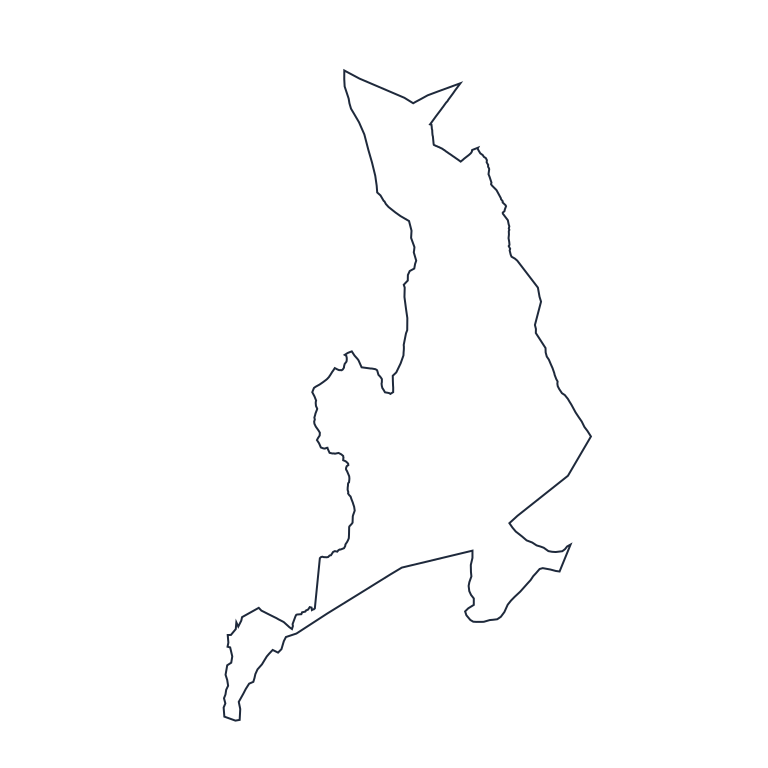 Santiago Nuyoó, Oaxaca, Mexico, rotated 353°
{"feature_id": "50627088B90453813350653", "entity_name": "Santiago Nuyoó", "entity_type": "district", "adm_level": 2, "iso_a3": "MEX", "parent_name": "Mexico", "parent_adm1": "Oaxaca", "projection": "equal_earth", "projection_center": [-97.77, 17.01], "detail": "fine", "context": "isolated", "style": "outline", "palette": "slate", "viewbox_px": 768, "rotation_deg": 353, "n_neighbors": 0, "source": "geoboundaries", "source_scale": "gbopen_adm2", "svg_char_len": 6159}
<svg xmlns="http://www.w3.org/2000/svg" viewBox="0 0 768 768"><g transform="rotate(353 384 384)"><path d="M496.5,94.8L473.3,100.2L462.5,102.8L455.0,105.8L449.8,107.8L447.2,108.9L442.1,104.8L439.1,102.4L396.9,77.9L382.8,68.0L381.7,76.6L381.2,83.9L383.7,96.4L383.9,101.2L384.8,106.7L387.0,111.7L391.1,121.2L394.9,133.9L397.0,149.7L399.1,162.8L400.7,176.3L400.9,186.3L400.6,193.1L403.5,196.4L406.0,202.2L406.7,202.8L407.8,205.6L410.1,208.9L416.2,215.1L420.9,219.4L428.7,225.3L430.0,235.2L428.7,242.3L430.9,251.9L430.2,254.9L429.6,256.9L431.0,265.5L429.5,268.6L428.1,273.1L423.3,275.0L421.0,278.7L420.2,284.2L415.7,287.9L416.3,290.8L414.9,300.1L415.0,312.2L415.2,321.4L413.6,333.4L412.0,336.4L408.3,347.7L408.3,349.0L408.1,350.9L407.8,352.7L407.3,355.0L406.8,358.0L403.0,365.6L397.6,374.0L393.7,376.9L393.2,381.8L392.8,386.5L392.7,388.6L392.1,393.2L389.1,394.6L388.3,393.8L386.7,393.2L384.0,392.4L383.7,391.8L383.1,390.3L382.2,388.4L381.9,387.9L381.6,385.7L381.6,383.4L382.1,381.9L382.5,378.9L382.1,378.0L381.1,376.2L379.6,374.2L379.0,370.4L378.8,369.5L377.4,368.3L373.9,367.2L372.6,367.0L363.8,364.7L361.6,357.4L360.7,355.8L358.2,352.2L356.0,347.7L353.5,348.3L351.7,348.8L348.6,350.3L350.0,351.4L350.2,353.3L350.1,354.8L349.7,356.6L349.4,357.3L347.4,359.3L346.5,361.6L346.3,362.7L346.0,363.2L344.8,364.6L343.6,365.2L342.5,364.9L341.2,364.8L340.6,364.5L339.3,363.7L337.1,362.2L335.1,364.6L334.2,365.5L332.7,367.4L331.4,369.0L330.8,369.6L330.4,370.2L328.3,372.0L327.1,372.8L323.8,374.7L320.0,376.7L317.0,377.9L316.0,378.3L314.1,379.3L313.6,380.1L311.8,383.4L313.5,387.9L314.6,392.2L314.2,393.1L313.9,394.5L313.8,397.5L314.7,400.4L314.5,401.0L312.4,404.9L311.9,406.3L310.8,408.8L311.0,410.8L310.1,412.8L310.1,415.0L311.1,418.0L312.3,420.2L313.4,422.3L314.4,424.5L313.9,427.3L312.0,429.5L310.6,431.5L312.3,434.9L313.6,439.3L315.9,440.5L317.4,440.9L319.3,440.4L320.1,440.4L320.2,441.2L320.8,443.2L321.6,445.7L324.4,446.7L325.9,446.8L326.8,447.2L330.5,446.9L333.0,448.6L334.7,450.4L334.7,451.6L334.8,452.3L334.5,453.0L334.2,454.7L336.5,456.0L337.4,457.0L337.8,457.4L338.7,458.7L338.7,460.2L337.0,461.0L336.1,462.8L335.9,463.9L336.1,464.7L336.7,466.0L337.0,467.1L337.7,469.5L338.2,471.3L338.2,472.2L338.1,473.9L337.6,476.1L337.3,477.3L336.6,477.8L336.1,478.8L335.8,480.7L335.4,482.1L335.0,484.6L335.4,486.9L335.0,488.3L336.0,490.2L337.1,491.6L337.6,494.1L338.6,498.0L338.9,499.8L339.4,502.2L339.5,506.1L337.3,510.5L336.9,511.5L335.9,517.8L334.9,518.9L332.4,521.0L332.0,521.7L331.5,525.1L330.9,529.3L330.3,532.7L329.8,533.7L329.2,534.7L328.2,536.2L326.2,538.5L325.7,540.2L324.3,542.1L320.7,543.0L319.7,542.9L318.4,543.5L317.2,544.7L316.1,544.3L314.8,543.9L313.0,544.5L310.5,547.5L310.2,547.5L309.1,547.6L307.5,548.9L306.1,549.0L303.1,548.5L301.7,547.9L300.2,548.2L299.1,549.1L288.0,598.3L286.8,599.1L286.1,599.1L284.9,599.6L284.8,597.1L283.1,596.4L281.1,598.7L279.1,599.2L278.2,600.3L277.4,600.3L276.8,600.5L274.9,600.6L273.9,602.4L269.7,602.2L268.8,602.4L267.8,603.8L264.0,611.2L264.1,613.1L262.8,616.0L261.8,615.1L260.3,613.7L260.1,613.4L255.5,608.1L254.1,607.1L251.9,605.6L250.7,604.8L248.6,603.2L246.9,602.1L242.8,599.4L240.1,597.6L237.0,595.5L234.7,594.0L232.4,590.9L214.7,598.1L213.5,601.5L209.8,607.0L208.4,602.6L207.0,609.2L203.5,612.5L201.5,614.4L198.3,614.1L198.0,621.8L196.7,625.7L199.2,626.7L200.2,635.9L198.4,642.0L194.1,644.1L191.3,653.3L192.3,658.6L192.5,664.5L190.1,668.3L188.8,672.9L186.9,676.4L187.6,681.7L185.4,685.6L185.0,694.7L195.5,700.0L199.8,699.8L201.7,689.1L201.1,681.8L203.3,678.8L206.6,674.3L209.6,669.9L213.6,665.0L218.0,663.7L219.6,660.1L221.0,656.2L223.7,651.8L228.7,647.4L232.0,643.2L234.4,640.2L237.0,637.8L241.1,634.4L246.1,637.7L249.9,634.7L253.2,627.1L255.8,623.2L266.7,621.0L299.9,604.8L333.2,589.5L366.9,573.9L379.3,568.4L451.5,560.2L450.6,567.4L448.1,574.2L447.4,581.2L447.3,585.6L444.6,591.0L443.4,594.7L443.4,600.0L444.7,604.0L447.0,607.8L446.2,614.2L440.3,616.9L436.8,619.6L437.6,623.6L440.9,628.7L443.6,630.8L446.8,631.4L454.0,632.2L460.2,631.2L463.6,631.3L467.7,631.3L471.6,629.3L475.7,625.0L479.9,618.1L483.7,614.4L487.7,611.2L493.9,606.7L502.1,599.5L505.6,596.5L508.7,592.9L511.8,590.3L515.9,586.6L519.1,586.1L526.5,588.4L531.7,590.5L535.4,591.5L549.6,566.1L545.9,567.6L543.5,570.0L540.6,571.7L537.3,571.7L533.9,571.7L530.3,571.0L526.8,569.9L522.6,566.0L519.5,564.4L515.8,562.8L511.8,559.4L506.5,556.6L502.4,552.1L496.8,546.5L494.0,542.2L491.5,537.4L500.4,531.1L555.4,497.5L583.0,461.3L580.2,455.4L577.7,451.1L575.7,445.4L573.3,440.8L570.7,435.6L567.4,427.2L566.0,424.2L564.7,421.2L562.1,417.0L559.5,414.8L557.3,410.4L556.2,407.4L556.1,404.9L556.6,402.6L555.6,400.2L554.5,395.8L554.3,393.8L553.2,388.7L552.0,384.8L550.6,379.9L548.9,376.6L548.3,372.4L548.7,368.0L540.9,351.9L541.5,347.9L541.0,343.8L549.9,321.4L549.0,316.4L548.5,307.1L531.3,277.8L529.2,275.5L526.1,273.2L525.5,271.1L525.0,266.7L525.7,265.2L524.6,262.3L525.5,261.2L525.6,258.3L525.4,254.4L526.2,251.0L526.5,247.5L527.2,246.3L526.8,244.9L527.6,242.8L527.2,240.7L526.9,236.6L524.4,232.3L522.7,229.4L522.8,228.3L524.6,227.2L525.2,225.5L526.8,222.4L526.4,221.3L523.9,218.3L524.1,217.1L522.7,214.9L522.6,213.7L519.3,205.3L515.3,200.1L514.6,198.7L515.2,197.2L514.0,191.1L513.3,188.5L514.6,183.6L514.4,182.5L513.9,181.4L513.8,180.4L514.1,179.3L512.9,176.5L513.4,174.4L512.6,172.2L510.8,170.7L509.9,168.8L507.7,166.8L506.4,163.9L505.6,161.8L506.2,160.9L500.0,162.5L499.9,162.6L499.6,163.9L498.9,164.9L498.1,165.7L497.2,166.3L496.7,166.7L495.4,167.5L493.7,168.5L490.7,170.3L490.2,170.7L489.0,171.5L487.8,172.2L487.2,172.6L484.4,170.0L482.9,168.7L481.4,167.3L480.2,166.3L478.7,164.9L477.2,163.6L476.7,163.2L475.7,162.3L475.2,161.8L474.2,161.0L472.3,159.1L471.7,158.8L471.3,158.3L470.6,157.7L470.2,157.4L470.0,157.2L469.7,157.1L469.0,156.6L468.5,156.3L468.0,156.0L467.5,155.6L467.3,155.5L466.8,155.3L465.4,154.4L464.5,154.0L464.1,153.6L463.4,153.3L462.6,152.7L462.5,151.8L462.7,144.3L462.5,142.8L462.6,140.1L462.8,137.9L462.6,136.5L462.7,134.4L462.7,132.4L461.4,131.9L464.3,128.8L468.2,124.6L474.4,118.2L475.3,117.2L476.7,115.8L477.3,115.1L480.0,112.2L481.4,111.1L482.4,109.8L487.9,104.0L490.3,101.3L496.5,94.8Z" fill="none" stroke="#1e293b" stroke-width="2"/></g></svg>